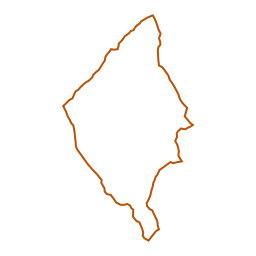 Pérola, Paraná, Brazil, rotated 180°
{"feature_id": "56859067B95323447505184", "entity_name": "Pérola", "entity_type": "district", "adm_level": 2, "iso_a3": "BRA", "parent_name": "Brazil", "parent_adm1": "Paraná", "projection": "robinson", "projection_center": [-53.712, -23.823], "detail": "fine", "context": "isolated", "style": "outline", "palette": "amber", "viewbox_px": 256, "rotation_deg": 180, "n_neighbors": 0, "source": "geoboundaries", "source_scale": "gbopen_adm2", "svg_char_len": 1806}
<svg xmlns="http://www.w3.org/2000/svg" viewBox="0 0 256 256"><g transform="rotate(180 128 128)"><path d="M103.3,240.6L106.9,239.1L109.4,238.0L112.2,236.1L114.9,234.7L116.5,232.3L119.0,230.7L120.9,228.6L122.4,225.8L125.0,225.1L126.9,222.9L128.9,221.4L131.3,219.7L132.9,217.1L134.6,215.0L137.1,212.6L137.5,209.7L138.4,206.8L142.1,206.3L145.0,206.8L146.6,204.3L148.5,202.2L150.5,199.3L151.3,195.2L153.2,192.5L155.1,189.4L157.1,186.2L160.6,183.3L162.8,181.0L163.9,178.5L167.0,175.4L169.5,174.0L171.6,172.5L173.8,170.5L175.8,168.5L177.7,166.2L180.2,164.9L181.6,162.3L183.4,157.8L186.9,155.8L189.9,152.6L192.8,150.0L189.9,144.2L188.3,139.5L186.5,136.7L184.8,133.0L182.6,130.4L182.1,127.8L181.5,124.1L180.4,114.3L180.2,110.9L179.6,108.1L177.7,105.0L174.5,100.6L168.0,91.5L163.7,86.6L158.9,81.6L154.5,76.2L154.6,72.9L151.5,67.6L151.3,64.4L149.0,61.9L145.2,61.0L142.8,57.9L139.9,53.6L135.7,51.3L132.4,51.1L128.6,52.0L125.9,50.4L124.7,47.9L122.7,46.2L123.0,39.2L121.4,37.2L119.6,35.1L116.5,33.6L113.7,26.8L112.8,23.5L113.3,20.2L111.6,17.8L107.5,15.4L100.0,24.9L97.1,26.6L98.3,30.2L98.4,33.1L99.2,35.8L100.4,38.6L101.9,41.5L103.6,45.5L106.6,47.2L108.8,49.8L109.4,52.6L107.5,56.2L105.9,59.9L104.9,63.8L104.3,66.4L103.2,69.8L102.7,73.1L101.1,76.6L100.4,79.1L98.9,80.8L96.5,86.0L92.8,88.6L85.5,94.0L83.0,92.8L77.7,94.1L74.1,94.6L77.6,100.1L77.2,104.4L77.7,107.9L78.6,111.0L80.8,115.1L79.0,119.0L79.3,122.7L78.0,124.7L75.0,127.5L70.8,126.7L68.3,128.2L65.4,129.4L63.2,131.1L65.6,132.8L71.3,139.7L68.8,148.0L73.8,153.3L76.4,157.5L77.4,161.2L80.2,166.7L82.5,170.9L86.3,176.4L87.7,180.5L90.7,184.8L93.7,188.8L97.0,190.4L97.7,196.3L97.9,200.6L98.2,205.4L97.7,208.7L95.7,211.2L95.7,213.8L97.0,217.6L95.4,222.5L97.5,226.4L98.6,230.1L99.9,233.9L101.5,237.6L103.3,240.6Z" fill="none" stroke="#b45309" stroke-width="2"/></g></svg>